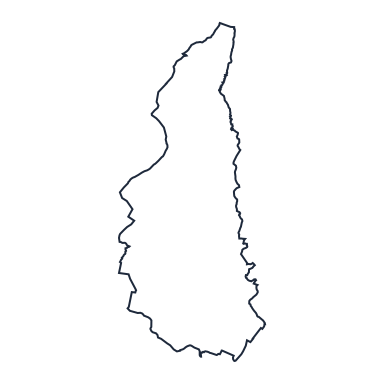 the district of Calinesti, Arges, Romania
{"feature_id": "2599482B19078285057883", "entity_name": "Calinesti", "entity_type": "district", "adm_level": 2, "iso_a3": "ROU", "parent_name": "Romania", "parent_adm1": "Arges", "projection": "robinson", "projection_center": [25.03, 44.892], "detail": "fine", "context": "isolated", "style": "outline", "palette": "slate", "viewbox_px": 384, "rotation_deg": 0, "n_neighbors": 0, "source": "geoboundaries", "source_scale": "gbopen_adm2", "svg_char_len": 5978}
<svg xmlns="http://www.w3.org/2000/svg" viewBox="0 0 384 384"><path d="M201.1,356.7L200.8,353.9L201.1,352.5L202.4,352.6L202.5,352.2L202.8,351.9L203.1,351.8L204.1,352.1L204.4,351.7L205.2,351.3L207.4,351.7L208.8,352.2L209.9,352.9L211.0,353.1L216.6,355.0L217.2,354.8L218.3,353.9L219.9,354.2L221.5,351.1L221.7,350.5L221.9,350.5L233.7,355.7L233.0,357.4L233.1,359.1L234.0,360.7L234.7,361.0L235.7,360.6L241.3,354.3L243.1,351.3L245.8,345.7L247.0,340.3L250.4,342.1L253.1,338.7L252.8,338.5L260.9,328.0L262.3,328.9L264.0,326.6L264.3,325.8L264.5,323.9L265.0,324.0L264.8,323.0L263.1,320.5L258.7,316.8L257.7,316.6L257.1,315.8L256.8,314.6L255.9,312.9L254.0,310.7L252.3,308.3L251.5,306.8L250.7,305.9L250.5,304.5L249.2,303.6L249.3,301.0L249.7,300.4L250.3,299.7L252.3,298.3L253.1,297.3L256.4,294.6L257.7,292.4L257.7,291.1L256.7,289.5L256.4,287.9L256.5,286.0L257.5,285.0L253.7,283.6L254.1,282.7L255.0,281.6L255.8,280.3L256.0,280.2L255.5,279.3L254.2,279.3L254.0,279.7L251.2,281.3L250.6,281.0L249.4,280.8L247.9,279.9L247.1,278.9L246.6,277.9L246.0,277.8L245.6,276.5L245.9,275.1L247.2,275.2L247.7,274.0L248.9,272.3L249.0,269.9L249.2,269.1L250.2,268.9L252.3,267.9L253.1,267.0L253.2,266.6L254.8,265.2L253.7,263.9L252.7,263.0L252.0,263.6L250.6,264.2L248.3,264.0L246.9,264.3L246.9,264.0L247.3,263.3L241.0,254.1L242.1,251.4L242.3,249.9L243.5,248.8L245.9,247.9L247.1,247.1L247.3,246.6L247.2,246.0L246.8,245.4L247.0,245.0L246.9,243.9L246.2,243.9L245.4,243.5L243.5,243.8L243.2,243.4L243.6,242.6L243.8,241.1L244.3,239.9L245.1,238.9L243.8,238.8L243.8,239.1L241.7,238.5L239.3,238.5L239.0,236.0L239.2,234.4L238.6,233.4L238.5,232.5L239.3,231.0L240.4,227.7L240.9,226.8L241.8,222.5L242.4,221.0L242.0,219.4L240.9,218.5L240.2,217.4L239.6,215.9L239.0,215.2L239.2,214.4L239.8,214.2L239.8,213.4L240.1,213.1L239.5,212.2L236.9,211.0L236.9,209.1L236.1,206.8L236.1,205.4L236.7,203.9L236.6,203.0L237.2,201.1L237.1,199.4L235.9,198.4L234.4,196.3L234.2,195.4L233.9,191.8L234.3,190.7L236.3,188.5L237.0,188.0L239.3,187.1L239.0,185.2L237.4,183.7L236.5,182.0L235.6,179.9L235.4,177.9L235.5,177.1L235.4,175.9L234.9,172.2L235.1,171.2L235.9,169.3L236.3,167.7L235.9,165.7L233.5,163.8L233.5,162.7L233.9,161.4L236.6,155.9L240.3,150.0L239.6,149.4L238.2,146.7L237.8,146.3L237.6,145.5L237.8,144.8L239.0,143.1L239.3,142.5L239.2,139.9L239.1,139.3L238.8,139.0L237.5,138.5L236.8,136.6L237.5,135.2L238.0,133.4L237.9,132.8L235.4,131.4L234.6,130.5L232.5,129.7L231.8,130.1L231.0,129.1L231.2,128.6L231.9,128.9L232.7,128.4L232.4,128.0L231.6,127.8L231.7,127.5L232.4,127.0L232.8,126.1L232.2,125.1L232.3,124.4L231.2,124.3L231.1,123.3L230.6,122.4L230.5,121.7L231.0,121.0L230.8,120.3L231.8,119.5L231.7,119.1L231.0,118.5L230.1,118.3L230.3,117.4L230.3,116.8L230.1,116.6L231.0,115.9L231.0,115.6L230.0,114.7L230.5,113.0L230.1,111.1L230.0,109.0L228.7,107.4L227.9,104.7L227.0,103.4L226.5,102.3L225.5,101.5L225.2,100.7L224.7,100.2L224.6,98.7L223.9,95.9L220.9,93.7L219.8,91.9L219.8,91.4L220.2,90.5L219.4,90.4L219.2,90.6L219.0,90.4L219.0,90.1L219.5,89.6L220.2,89.5L220.2,89.1L220.4,89.0L220.1,88.7L220.5,88.3L220.2,88.0L220.5,87.7L220.9,87.8L221.4,87.0L221.3,86.8L220.7,86.9L220.6,86.4L221.4,85.9L221.4,85.3L222.2,85.0L222.6,84.3L222.9,83.4L222.8,83.2L223.0,83.1L222.7,82.7L223.2,82.7L223.6,82.4L223.3,82.0L224.2,81.0L224.0,80.2L224.5,80.0L224.8,78.7L224.7,78.6L224.9,78.5L225.3,77.5L224.7,76.5L224.8,76.3L225.4,76.3L226.1,75.7L225.6,75.6L225.8,75.4L225.5,75.0L225.9,75.0L226.1,74.7L226.7,74.8L226.7,74.2L226.9,73.7L226.7,73.7L226.6,72.9L227.1,72.6L227.0,70.6L227.7,68.6L228.3,65.2L228.3,64.2L229.0,63.1L231.0,62.4L231.4,61.4L231.5,60.9L230.9,58.9L230.6,57.0L230.7,56.0L231.1,54.7L231.2,53.6L231.6,51.7L232.1,50.6L232.0,49.4L232.9,47.6L233.0,46.9L233.5,43.8L233.4,42.7L233.7,42.1L233.2,39.4L233.7,37.8L234.3,36.8L234.5,35.7L234.6,33.5L234.4,33.1L234.7,32.4L234.9,31.0L234.7,29.2L234.2,29.1L234.0,28.0L234.2,27.6L234.2,27.1L230.7,26.9L219.8,23.0L219.4,24.1L219.4,24.6L219.2,25.4L216.8,28.6L215.3,30.3L214.9,31.0L214.9,31.3L214.2,32.3L213.1,34.4L211.7,35.7L211.2,36.9L210.7,37.4L207.7,37.9L206.9,38.4L205.6,40.3L204.4,40.9L202.5,42.3L202.1,42.4L200.1,42.0L197.7,42.4L196.6,42.4L192.0,44.7L191.1,45.4L190.6,46.5L189.6,47.7L188.6,49.5L187.1,51.1L183.8,53.4L182.7,53.8L182.9,54.1L186.2,55.1L186.6,55.6L183.6,56.2L180.7,59.1L179.9,59.4L176.7,61.4L174.8,65.2L173.6,66.4L173.7,67.6L174.2,68.4L174.3,71.4L172.1,77.0L166.1,83.6L166.3,83.7L158.3,92.1L156.6,101.9L158.5,105.6L157.6,107.9L154.6,110.4L151.7,113.7L151.9,115.2L156.2,118.2L159.1,121.2L163.9,127.5L166.3,136.5L165.7,139.6L166.5,142.8L166.5,143.6L167.0,144.1L167.4,145.2L167.5,147.3L166.7,149.1L165.7,150.7L164.2,154.2L163.0,156.3L161.8,157.1L158.3,160.9L156.1,163.0L155.2,163.8L153.8,164.6L150.0,168.6L148.7,169.5L147.0,170.4L144.5,171.2L141.9,172.6L138.4,174.9L134.5,177.1L133.4,177.4L131.7,178.4L130.4,179.5L129.2,181.3L128.5,181.8L127.9,183.3L123.8,187.5L119.9,192.3L122.1,198.0L126.8,201.0L132.5,209.2L128.3,216.7L134.2,220.7L131.2,224.4L127.1,227.0L124.1,229.8L120.2,233.8L119.5,235.3L119.0,237.9L119.6,241.9L121.0,242.1L122.3,242.9L124.9,242.8L125.3,243.0L126.2,243.7L126.6,244.6L127.3,245.5L129.5,246.4L129.1,246.8L128.1,247.1L127.2,247.2L126.5,247.0L127.0,247.3L127.0,247.8L125.5,248.3L125.6,248.7L125.5,249.7L126.0,250.4L126.1,250.9L125.3,251.8L125.4,253.3L125.2,253.9L124.4,254.4L123.7,255.2L123.3,256.2L121.8,257.8L122.2,258.6L121.0,259.9L120.3,261.6L120.0,262.0L121.1,262.9L119.0,273.0L128.6,274.3L130.1,278.8L135.6,289.2L136.1,290.4L135.7,291.0L135.3,292.5L131.8,292.1L128.8,306.9L127.6,308.4L129.9,310.8L137.7,313.0L140.4,312.8L142.2,313.5L143.3,314.6L143.9,315.6L148.2,317.3L150.1,318.6L151.4,320.4L151.3,327.0L150.7,327.9L150.4,328.9L151.3,330.9L152.6,332.2L156.0,333.3L157.5,335.0L158.0,337.5L161.1,338.8L167.2,343.4L170.2,345.3L173.7,349.4L176.9,351.4L180.2,350.7L180.2,350.1L182.7,349.4L184.4,348.4L185.2,347.6L186.8,346.5L188.4,345.8L190.0,345.3L191.4,345.7L194.4,347.6L198.9,349.4L199.7,351.3L199.7,355.1L200.2,356.2L200.8,356.7L201.1,356.7Z" fill="none" stroke="#1e293b" stroke-width="2"/></svg>